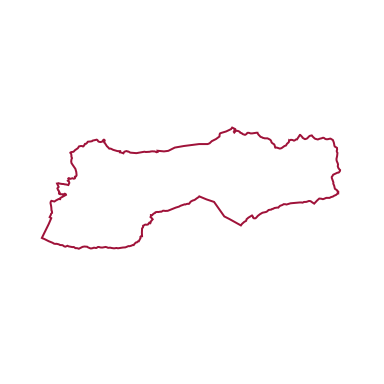 the district of Manastirea Humorului, Suceava, Romania, rotated 123°
{"feature_id": "2599482B27977460060406", "entity_name": "Manastirea Humorului", "entity_type": "district", "adm_level": 2, "iso_a3": "ROU", "parent_name": "Romania", "parent_adm1": "Suceava", "projection": "albers", "projection_center": [25.791, 47.644], "detail": "fine", "context": "isolated", "style": "outline", "palette": "rose", "viewbox_px": 384, "rotation_deg": 123, "n_neighbors": 0, "source": "geoboundaries", "source_scale": "gbopen_adm2", "svg_char_len": 6010}
<svg xmlns="http://www.w3.org/2000/svg" viewBox="0 0 384 384"><g transform="rotate(123 192 192)"><path d="M224.9,315.4L225.4,315.4L225.9,314.0L227.6,312.6L228.1,312.4L228.9,311.1L230.2,310.9L232.1,310.0L233.4,308.8L234.4,306.5L236.1,302.4L238.3,299.9L240.7,298.0L241.4,297.8L242.1,297.8L242.3,298.0L242.6,298.4L243.0,298.5L243.8,297.8L244.3,297.7L245.2,298.3L245.4,298.9L245.4,299.4L245.5,299.7L247.2,301.2L247.3,301.7L247.4,302.8L247.9,303.0L248.1,303.1L248.7,302.3L249.2,301.9L250.2,302.2L250.4,300.8L250.9,300.1L251.3,299.8L253.5,299.5L254.2,301.5L254.8,302.7L255.3,304.1L256.1,305.5L257.2,308.0L257.2,308.6L258.4,309.8L260.4,306.6L262.2,306.9L263.3,305.4L263.3,304.9L264.2,303.4L264.3,303.7L265.2,302.8L265.4,302.9L265.6,302.8L265.9,302.2L265.6,301.2L265.0,300.4L264.7,299.3L264.6,299.1L264.2,299.1L263.9,298.4L262.8,297.8L262.8,297.4L262.6,297.2L262.7,296.4L263.0,296.1L268.8,299.2L269.8,298.7L270.5,300.0L273.0,301.4L274.9,302.2L276.0,305.1L276.9,305.2L278.3,304.7L280.3,302.7L281.8,301.4L284.1,299.7L284.3,299.1L285.7,298.0L287.0,298.3L288.2,297.9L290.6,297.7L290.6,295.8L297.0,294.7L312.3,292.9L312.2,291.8L312.0,291.2L311.8,289.9L311.3,285.3L310.5,281.2L310.5,279.8L310.2,278.9L309.6,277.8L309.2,277.4L308.4,275.1L308.4,274.2L308.2,273.5L307.3,272.0L307.1,271.5L307.2,269.8L307.1,269.2L306.8,268.4L304.9,267.1L304.8,265.9L303.3,262.2L302.6,261.3L302.5,260.8L302.6,259.2L301.8,258.0L301.4,256.9L301.2,256.0L297.6,253.9L296.3,252.5L295.0,250.1L295.1,249.4L294.8,247.4L294.6,246.5L294.4,246.0L293.2,244.7L292.5,244.3L291.9,243.5L291.3,242.1L291.0,241.7L289.3,240.9L289.1,240.6L288.7,239.8L288.4,238.6L287.4,236.9L285.1,234.5L284.7,233.2L284.6,232.3L284.4,231.8L283.3,230.4L282.6,228.6L281.8,226.9L281.4,226.3L280.1,224.9L279.5,223.4L276.2,219.7L274.7,217.7L272.1,215.9L271.4,214.8L269.9,213.5L268.8,212.9L268.3,212.0L267.1,212.0L265.5,211.7L264.7,211.4L264.5,211.1L264.3,210.8L262.8,210.4L262.4,209.8L258.6,210.1L258.3,210.3L257.9,210.8L257.6,210.8L256.9,210.7L256.3,209.8L253.7,211.7L249.8,214.0L248.2,213.9L247.7,214.2L247.1,214.3L247.0,214.6L246.8,214.6L246.4,214.2L245.3,213.8L244.7,213.3L244.2,212.3L243.3,211.3L241.1,211.1L241.1,210.1L240.6,210.0L240.4,210.2L239.9,210.2L239.8,210.4L239.4,210.5L236.3,210.1L235.7,212.1L235.7,213.0L234.9,213.4L234.2,213.4L233.7,213.8L233.2,212.8L231.8,212.6L231.0,212.4L229.8,211.6L229.4,211.7L228.9,211.6L227.7,210.4L227.2,209.4L225.6,207.7L225.5,207.3L225.1,206.9L223.5,206.1L223.0,205.3L222.5,204.2L221.0,202.1L213.9,197.1L211.3,194.9L209.9,194.2L206.4,191.5L206.2,190.9L204.8,189.8L204.0,188.9L203.9,188.5L203.4,188.0L202.8,187.9L202.3,188.0L200.7,187.8L198.8,186.8L197.8,185.9L196.4,185.1L195.6,184.9L192.2,183.5L191.7,183.5L190.3,175.8L188.3,168.1L194.9,151.6L194.3,145.9L193.4,132.8L191.5,132.7L188.6,131.9L186.7,130.9L185.1,131.4L182.7,130.7L179.0,128.9L179.4,127.6L180.2,126.9L180.3,125.6L179.4,124.4L178.3,124.1L176.2,123.8L173.6,122.9L171.0,121.6L168.5,119.1L167.3,118.4L165.4,118.0L163.4,115.8L162.6,115.6L161.9,114.8L160.5,114.1L158.5,111.9L158.1,111.1L157.1,111.0L155.6,110.6L153.9,109.3L152.2,108.4L151.4,107.0L151.0,105.9L147.8,103.2L142.3,96.2L141.1,94.4L140.9,93.7L139.8,92.8L139.4,92.7L138.0,90.7L135.8,89.0L135.3,88.0L135.1,87.3L135.2,85.5L135.2,83.2L130.8,82.4L128.2,81.7L127.3,80.1L126.7,78.3L125.6,77.4L123.8,76.2L122.0,73.4L120.8,72.8L119.0,71.3L117.8,70.8L116.0,69.6L113.9,69.0L113.6,68.6L112.9,69.1L112.4,69.2L112.3,69.3L112.7,69.5L112.7,69.8L112.1,70.3L111.5,71.6L111.5,73.5L111.4,74.0L109.2,76.3L108.1,78.0L106.9,78.7L104.0,82.5L103.2,83.0L102.3,82.9L100.6,83.0L96.7,80.6L95.8,79.6L95.1,79.4L93.6,79.4L92.9,79.8L92.8,80.6L92.1,82.4L91.0,83.8L89.4,84.5L88.5,85.5L87.4,87.2L86.6,88.1L85.5,88.9L82.8,89.9L80.0,91.3L79.4,92.4L78.7,93.0L77.4,93.4L76.0,94.5L76.1,97.1L75.3,98.1L75.0,98.3L73.2,100.1L71.8,102.0L71.7,102.2L71.8,104.8L72.2,105.4L73.6,106.7L74.3,107.6L74.8,108.7L74.9,109.3L74.8,110.8L75.0,111.4L75.4,111.9L76.3,112.5L78.0,114.1L79.2,114.9L79.4,115.1L80.2,117.4L80.3,118.2L79.9,120.4L79.7,121.4L79.3,122.0L79.3,122.3L79.4,122.5L80.8,123.8L81.6,124.1L83.8,124.5L84.7,124.8L85.9,125.8L86.2,126.3L86.3,128.7L86.0,129.1L85.5,130.9L85.2,132.3L85.4,132.6L90.7,132.6L91.0,133.2L91.3,133.4L92.4,133.8L93.1,134.2L93.4,134.5L93.6,135.8L93.9,136.6L94.5,137.6L95.7,138.3L95.7,138.7L97.4,138.0L97.8,138.0L99.7,138.6L101.8,138.5L103.1,139.5L106.2,140.7L107.1,141.3L107.8,142.1L108.6,145.2L109.4,146.2L109.4,146.5L109.0,146.8L107.5,148.6L107.3,149.1L107.3,151.3L107.0,152.4L106.2,153.3L105.6,154.6L105.7,156.4L105.9,158.0L107.4,160.3L107.7,161.4L108.0,162.0L108.0,162.9L108.3,164.0L108.3,165.2L108.0,166.0L107.8,167.2L106.9,169.3L106.7,169.4L107.1,170.1L110.2,173.6L110.9,174.7L111.4,176.5L112.0,177.5L112.8,177.9L113.8,177.9L115.1,178.6L115.3,179.0L115.8,181.0L115.8,181.4L115.6,182.3L116.0,183.8L115.6,184.5L115.6,185.7L115.8,186.8L116.2,187.5L116.3,188.0L117.1,188.6L117.7,188.7L118.1,188.7L119.1,188.9L118.8,189.6L118.1,189.4L117.2,190.1L116.1,189.6L115.7,190.0L116.1,193.4L118.0,193.5L122.7,196.4L126.7,199.8L127.7,200.4L128.6,200.2L130.5,199.2L134.5,200.7L138.6,203.1L141.6,203.8L143.3,205.0L147.8,212.0L157.8,223.8L164.1,230.6L170.4,234.3L173.2,237.6L176.2,243.4L177.0,242.6L177.9,243.3L178.3,245.4L179.5,247.4L180.4,248.6L181.3,249.4L183.6,252.5L184.1,253.8L189.7,259.8L192.6,265.2L192.7,267.3L193.1,268.0L193.1,268.4L193.4,269.3L195.0,270.6L196.1,270.7L196.9,270.6L197.5,273.1L198.0,274.1L196.9,274.6L198.3,276.8L199.6,281.2L199.8,283.2L200.0,284.0L200.7,285.0L200.1,287.3L200.0,288.2L198.3,292.0L198.3,292.6L197.5,293.0L196.4,293.2L196.1,293.6L196.0,294.1L196.2,294.5L196.5,294.6L197.3,294.8L198.4,294.7L198.9,294.9L200.0,296.0L200.5,297.3L200.6,298.1L200.0,299.5L200.0,300.4L203.1,303.4L203.4,303.4L203.8,303.5L204.7,304.4L206.5,306.7L206.7,306.8L207.9,306.8L208.9,307.0L209.3,307.2L209.8,307.9L210.1,308.0L210.8,307.8L211.2,307.9L212.7,307.9L213.2,308.2L213.3,309.1L213.9,310.2L215.3,311.6L217.5,311.6L220.6,312.9L222.4,313.2L223.0,313.5L223.9,314.6L224.5,314.9L224.9,315.4Z" fill="none" stroke="#9f1239" stroke-width="2"/></g></svg>